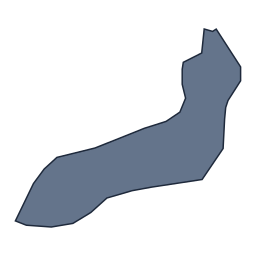 Nam-gu [South District], South Jeolla, South Korea (Natural Earth projection)
{"feature_id": "91817680B68494559899558", "entity_name": "Nam-gu [South District]", "entity_type": "district", "adm_level": 2, "iso_a3": "KOR", "parent_name": "South Korea", "parent_adm1": "South Jeolla", "projection": "natural_earth1", "projection_center": [126.87, 35.102], "detail": "fine", "context": "isolated", "style": "filled", "palette": "slate", "viewbox_px": 256, "rotation_deg": 0, "n_neighbors": 0, "source": "geoboundaries", "source_scale": "gbopen_adm2", "svg_char_len": 485}
<svg xmlns="http://www.w3.org/2000/svg" viewBox="0 0 256 256"><path d="M202.1,179.5L223.1,148.5L224.6,119.1L225.7,107.5L228.0,100.5L240.6,80.8L240.6,66.9L216.2,29.1L212.6,31.4L204.2,29.0L201.7,53.0L183.3,62.3L182.2,69.2L182.2,84.3L185.6,98.2L179.9,112.1L166.1,121.4L144.3,128.3L95.0,148.0L56.9,157.4L44.2,169.0L33.5,183.5L15.4,220.9L26.3,225.2L51.4,227.0L72.9,223.4L90.8,212.5L106.9,198.0L132.0,190.7L151.7,187.1L202.1,179.5Z" fill="#64748b" stroke="#1e293b" stroke-width="1.5"/></svg>